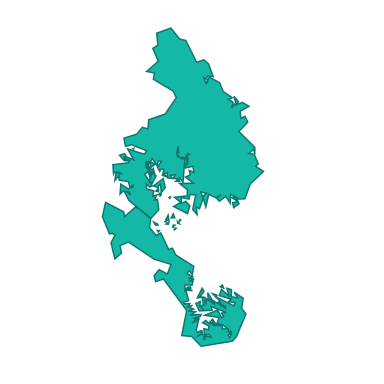 Colón, Colón, Panama (Mercator projection), rotated 303°
{"feature_id": "35544464B72276923440034", "entity_name": "Colón", "entity_type": "district", "adm_level": 2, "iso_a3": "PAN", "parent_name": "Panama", "parent_adm1": "Colón", "projection": "mercator", "projection_center": [-79.891, 9.223], "detail": "fine", "context": "isolated", "style": "filled", "palette": "teal", "viewbox_px": 384, "rotation_deg": 303, "n_neighbors": 0, "source": "geoboundaries", "source_scale": "gbopen_adm2", "svg_char_len": 6100}
<svg xmlns="http://www.w3.org/2000/svg" viewBox="0 0 384 384"><g transform="rotate(303 192 192)"><path d="M200.1,105.6L194.1,111.3L198.8,115.8L201.9,131.5L197.7,131.6L193.1,114.6L187.2,125.5L185.7,117.3L183.2,117.3L184.7,122.3L181.9,122.8L171.8,110.8L164.5,116.3L166.2,116.1L169.0,119.9L168.9,122.4L166.4,117.9L159.6,121.1L166.0,121.8L162.3,124.4L166.0,133.0L162.0,137.7L165.6,138.8L164.0,139.9L159.8,136.7L159.8,128.0L151.1,132.8L155.1,133.8L158.1,139.5L155.9,142.1L156.8,137.7L155.3,135.5L150.6,143.6L147.6,171.9L159.0,173.8L167.0,167.1L164.7,164.9L170.2,164.0L166.9,161.5L172.2,159.2L169.8,152.3L174.1,149.4L173.1,153.7L175.4,155.3L181.2,142.8L185.1,144.1L182.1,148.0L185.5,147.1L187.7,139.8L191.3,137.2L190.7,139.0L193.2,137.6L193.6,139.5L188.4,140.7L188.2,142.4L192.3,139.9L193.7,140.3L190.7,144.2L195.0,146.0L194.7,140.5L198.3,140.5L195.2,148.2L199.8,146.8L201.1,149.7L194.1,149.4L191.7,153.7L194.6,153.6L195.5,156.3L189.9,158.0L191.0,163.2L191.7,159.0L194.8,160.7L190.6,163.9L192.5,167.9L194.0,164.8L197.4,168.4L193.0,168.7L195.7,173.6L192.1,172.5L194.2,175.9L194.6,174.9L197.2,173.6L195.4,179.1L215.0,168.4L209.8,171.6L213.0,172.4L215.1,171.8L217.0,170.9L217.4,169.5L216.3,167.9L217.1,169.7L216.9,170.6L216.1,171.2L213.7,172.0L217.0,170.0L214.3,165.4L213.9,160.5L217.2,157.4L217.6,157.3L217.8,157.6L218.1,159.2L219.8,156.5L221.9,156.1L218.1,159.4L217.2,157.5L214.1,162.0L217.7,169.2L217.7,168.4L219.3,167.2L222.3,168.1L222.1,169.5L220.6,167.7L216.7,171.3L212.6,172.6L214.2,173.2L209.5,171.9L208.0,172.8L214.1,178.8L209.5,182.8L208.6,177.9L205.5,181.2L200.9,178.4L200.3,188.6L192.4,177.1L191.4,186.9L186.2,190.1L178.0,180.1L177.2,188.2L169.8,184.5L171.4,200.0L179.2,197.8L180.8,191.9L176.5,189.3L181.7,186.2L184.4,193.3L188.8,191.7L191.6,196.7L177.8,202.1L175.8,208.5L181.8,203.9L182.1,207.4L192.6,204.8L196.9,199.2L198.8,204.8L194.1,203.5L187.0,211.7L199.2,207.3L200.2,215.3L205.6,218.1L200.1,216.3L199.1,220.0L206.7,222.7L203.4,230.1L210.8,225.7L211.8,232.1L209.0,228.6L209.1,236.5L210.1,233.0L215.1,240.0L230.3,236.5L248.2,240.8L248.2,231.4L251.7,232.3L257.5,223.6L255.1,218.5L261.5,220.5L258.0,224.1L263.7,220.3L268.2,198.4L280.9,200.7L284.3,195.2L280.4,192.7L286.1,188.4L294.9,193.1L294.6,185.5L289.1,181.5L293.1,181.7L295.1,175.1L290.6,180.1L284.2,179.4L289.5,177.7L289.6,172.0L293.0,174.4L293.3,163.3L298.7,155.5L297.7,143.9L293.8,144.7L295.4,143.2L292.7,144.5L291.0,145.0L290.6,144.9L294.3,139.7L294.2,141.9L298.1,142.3L300.2,147.0L308.4,136.2L309.4,130.1L303.3,125.3L315.7,104.2L313.5,98.3L318.0,85.0L306.0,75.9L296.6,83.4L291.1,80.9L283.4,92.6L268.4,88.3L271.4,95.9L265.5,98.1L266.4,121.3L262.6,127.5L242.7,127.0L229.1,116.3L220.9,120.7L219.2,115.1L210.5,114.2L200.1,105.6ZM67.6,283.7L89.0,307.2L94.8,308.1L119.2,303.6L121.4,297.1L130.8,292.7L130.9,281.9L128.1,288.1L125.6,281.9L131.6,278.3L130.3,273.7L124.9,279.7L126.4,269.8L120.0,271.3L123.5,283.1L120.0,282.5L122.8,288.6L119.4,289.2L117.1,269.9L115.5,275.1L112.9,273.4L114.5,276.7L112.7,277.5L113.8,278.9L114.4,282.5L112.7,283.5L112.4,266.3L111.2,265.6L111.9,267.3L111.2,270.9L110.0,272.1L110.3,262.7L103.9,265.1L110.7,260.4L108.4,255.6L115.1,256.3L116.8,252.9L106.0,254.1L109.3,257.9L103.3,263.2L101.2,260.8L99.6,266.1L100.4,260.5L104.8,258.7L100.6,255.9L96.3,262.9L103.8,273.3L106.3,270.2L109.8,286.6L106.5,282.7L104.6,286.5L102.7,285.3L106.9,277.9L95.6,269.9L101.6,283.2L95.0,284.5L97.3,289.8L96.7,297.6L94.7,298.7L96.3,300.6L95.5,302.1L90.4,303.1L91.5,300.2L95.3,302.1L96.1,300.7L93.8,300.5L94.6,298.6L96.5,297.6L96.6,296.1L93.6,291.9L96.6,290.0L92.7,284.3L94.0,284.4L96.5,278.5L95.1,278.1L92.8,282.9L91.8,282.9L93.2,277.8L91.0,279.0L91.7,273.4L88.0,272.1L88.9,279.3L85.3,280.7L83.9,276.4L79.1,280.2L81.3,283.5L81.6,285.2L80.6,287.0L78.6,281.9L74.2,283.0L78.5,280.0L78.3,277.5L73.0,274.8L79.5,277.3L81.0,275.9L80.2,275.6L79.5,276.7L79.3,276.9L79.1,276.8L80.3,274.8L77.2,273.0L78.3,270.8L89.0,267.0L82.0,263.4L90.5,266.2L87.4,264.8L87.2,262.4L92.1,266.7L94.2,266.3L88.2,257.9L93.4,260.2L90.2,253.6L94.7,257.2L93.8,252.3L97.4,254.2L93.3,251.2L97.1,250.9L93.9,246.3L94.9,245.0L99.1,248.3L106.4,240.4L109.5,246.1L108.8,241.2L110.7,243.3L111.5,242.4L109.9,240.2L105.6,239.7L110.4,236.7L114.0,242.9L117.9,241.2L115.3,237.9L120.2,241.2L117.5,236.1L121.3,238.9L120.9,231.9L124.5,232.8L122.9,237.2L130.6,234.0L130.4,212.5L134.2,206.2L131.1,203.7L140.7,188.1L136.0,185.7L139.0,175.7L147.2,171.9L149.0,157.3L148.4,152.7L134.5,148.8L138.2,145.6L136.2,125.2L122.5,130.3L111.9,145.6L114.0,147.7L113.8,150.8L105.2,151.8L93.9,163.8L102.4,166.1L107.8,160.9L115.5,165.9L115.0,196.5L119.9,213.9L109.8,216.0L109.0,206.7L101.3,205.8L97.0,210.3L103.5,215.5L89.8,252.0L66.0,261.6L70.7,270.4L67.6,283.7ZM187.6,160.6L176.1,156.3L177.0,161.5L174.6,163.7L178.5,160.4L181.5,161.3L174.7,166.6L181.2,167.1L187.6,160.6ZM186.4,148.5L179.1,149.7L176.8,154.0L186.0,153.2L186.4,148.5ZM205.1,231.8L201.6,235.5L207.8,237.9L208.7,235.4L205.1,231.8ZM183.3,111.2L181.8,116.7L186.7,116.5L187.3,114.4L183.3,111.2ZM116.1,260.0L110.4,264.3L113.0,266.7L116.1,260.0ZM159.5,184.6L154.7,185.1L155.6,188.1L159.5,184.6ZM163.4,188.3L159.0,188.5L161.0,191.6L163.4,188.3ZM190.5,146.7L186.7,146.8L187.6,150.1L190.5,146.7ZM153.9,194.3L151.3,195.3L154.8,195.6L153.9,194.3ZM154.1,189.0L151.1,187.8L152.0,189.7L154.1,189.0ZM119.1,269.0L117.9,264.7L116.7,269.7L119.1,269.0ZM145.9,176.3L144.3,179.4L145.7,181.5L146.4,180.8L145.9,176.3ZM130.5,268.1L127.9,267.2L128.7,270.8L130.5,268.1ZM173.8,166.1L171.7,165.4L173.3,167.3L173.8,166.1ZM176.9,176.7L174.8,175.7L174.5,176.8L176.9,176.7ZM189.0,145.3L189.6,143.3L187.2,144.9L189.0,145.3ZM141.8,185.7L140.9,183.9L140.0,185.5L141.8,185.7ZM154.2,186.2L151.8,185.2L153.2,186.8L154.2,186.2ZM152.5,197.5L150.1,197.7L152.9,198.5L152.5,197.5ZM175.2,161.7L173.1,161.2L173.9,163.6L175.2,161.7ZM158.5,198.6L159.3,195.9L158.0,197.0L158.5,198.6ZM172.5,167.3L170.5,167.2L172.2,167.7L172.5,167.3ZM182.4,120.0L182.0,117.6L181.4,118.1L182.4,120.0ZM162.2,196.8L160.5,197.5L162.3,197.8L162.2,196.8ZM182.8,120.8L183.6,121.5L183.1,120.4L182.8,120.8ZM196.1,119.6L196.9,119.5L196.1,119.0L196.1,119.6Z" fill="#14b8a6" stroke="#0f766e" stroke-width="1.5"/></g></svg>